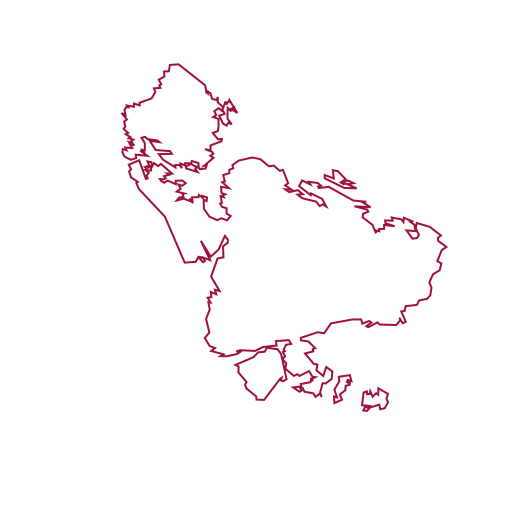 Tysnes nor, Hordaland, Norway, rotated 32°
{"feature_id": "86288312B12130707961185", "entity_name": "Tysnes nor", "entity_type": "district", "adm_level": 2, "iso_a3": "NOR", "parent_name": "Norway", "parent_adm1": "Hordaland", "projection": "equal_earth", "projection_center": [5.536, 59.979], "detail": "fine", "context": "isolated", "style": "outline", "palette": "rose", "viewbox_px": 512, "rotation_deg": 32, "n_neighbors": 0, "source": "geoboundaries", "source_scale": "gbopen_adm2", "svg_char_len": 6126}
<svg xmlns="http://www.w3.org/2000/svg" viewBox="0 0 512 512"><g transform="rotate(32 256 256)"><path d="M388.0,139.2L374.8,142.8L376.8,147.9L383.0,151.7L383.1,155.4L379.5,158.4L370.0,154.5L378.3,150.3L373.6,145.5L368.6,145.3L369.8,143.8L361.2,145.2L363.1,149.1L359.9,147.9L350.7,151.4L353.2,153.6L346.7,157.4L348.5,159.6L357.8,157.3L348.2,161.8L350.3,165.1L346.0,168.0L347.5,169.7L343.8,170.9L345.3,172.1L345.0,172.6L338.3,167.9L326.0,166.7L324.4,163.6L327.7,158.9L325.8,157.7L313.1,161.7L327.3,153.9L317.3,154.0L320.8,151.5L309.2,157.4L281.0,158.8L273.4,165.0L271.8,164.3L273.8,161.9L269.5,161.4L261.3,165.2L264.1,166.5L255.0,167.5L255.5,173.9L270.2,175.4L269.5,173.8L281.9,172.5L289.3,176.8L285.3,176.9L283.5,179.9L278.2,178.0L264.6,182.5L258.8,181.9L262.9,178.8L256.6,178.0L250.3,184.3L245.4,184.0L251.0,180.9L243.3,180.6L244.7,177.2L233.2,168.7L231.1,171.2L223.2,169.9L219.4,173.1L208.3,171.6L200.6,174.5L190.9,184.1L187.8,191.5L190.2,193.7L187.7,197.1L189.4,199.9L185.3,204.8L190.1,209.3L188.3,211.3L197.1,212.8L189.7,215.8L193.3,220.8L197.2,220.1L195.5,222.4L197.3,223.2L194.4,224.1L198.9,229.1L197.8,230.5L201.0,232.4L205.9,231.1L208.4,235.5L213.3,235.5L212.5,241.2L206.8,242.3L204.0,246.2L195.6,247.3L186.8,243.6L181.8,235.9L185.0,235.6L183.4,232.3L178.7,233.4L180.1,234.9L175.2,234.5L176.1,236.5L170.6,240.2L174.4,244.7L169.3,242.4L171.1,244.3L164.2,245.8L159.3,251.0L159.8,247.1L163.3,244.4L160.9,242.3L162.1,241.0L154.7,243.4L156.5,238.9L152.3,236.5L156.2,235.5L157.8,231.5L153.5,231.0L148.0,234.8L149.9,237.6L141.0,238.9L139.4,242.5L135.5,242.6L133.7,241.7L137.4,239.6L138.2,237.9L135.7,237.1L139.4,233.0L137.1,233.0L141.0,230.6L126.6,228.3L125.3,231.7L120.3,231.2L120.5,235.1L117.6,231.9L113.9,233.3L117.6,235.9L114.5,239.4L116.6,240.0L119.1,235.8L121.7,239.1L116.8,241.7L121.0,242.3L120.6,245.8L123.0,247.5L121.8,249.0L106.2,236.7L99.7,246.0L104.1,248.6L103.6,251.6L108.2,255.5L116.5,255.8L115.8,257.4L121.0,261.2L157.9,270.9L199.0,299.4L208.0,292.9L207.6,287.1L211.5,285.8L210.0,288.2L214.4,289.3L215.3,287.3L212.2,285.3L219.3,283.8L201.2,272.4L218.0,280.5L220.8,270.5L219.0,255.4L223.5,257.1L225.0,259.9L222.9,265.2L229.1,274.4L224.7,278.5L228.9,297.3L243.7,305.0L239.0,306.4L242.6,309.5L236.8,310.4L240.0,314.5L237.1,317.0L242.2,319.6L240.1,320.5L245.2,326.0L247.0,335.8L257.0,345.6L256.0,352.7L264.4,356.9L270.0,355.8L268.3,360.3L280.5,356.6L279.0,359.7L284.4,356.5L292.0,349.0L293.4,345.7L289.9,347.4L292.4,344.3L305.5,337.0L310.1,329.5L320.9,321.0L318.0,317.5L328.4,310.0L332.4,311.9L328.6,315.3L329.0,320.7L330.9,321.4L329.6,323.1L333.8,325.6L333.1,329.5L338.6,331.0L340.5,336.0L351.6,337.6L353.9,334.2L356.4,334.7L362.0,325.5L368.0,328.5L370.5,327.3L368.7,330.4L370.3,332.4L368.0,331.3L369.1,334.1L361.8,340.9L363.5,342.6L357.2,347.7L364.8,348.1L365.9,346.0L363.8,344.8L365.8,343.4L369.1,345.4L377.3,342.1L381.2,343.9L383.1,338.7L386.4,340.8L382.7,337.8L379.9,328.6L382.6,327.2L385.3,320.1L381.9,313.4L374.4,312.9L376.6,322.1L367.8,320.9L365.7,315.6L361.9,316.8L349.2,312.7L355.1,306.5L353.4,304.9L355.1,302.8L345.6,300.7L338.8,303.8L337.5,301.5L348.7,288.0L354.7,285.4L355.3,273.4L371.3,258.8L378.8,254.1L382.1,257.0L386.3,251.2L389.1,251.3L386.8,257.0L388.9,256.9L394.2,247.9L397.2,248.6L411.5,240.2L412.5,233.8L410.2,232.4L416.1,235.3L417.9,232.4L408.5,226.0L411.2,223.8L409.5,219.2L418.3,212.3L418.0,207.1L423.9,201.6L424.6,196.9L421.6,189.9L417.0,186.5L415.8,177.7L419.3,170.8L417.2,164.1L412.5,164.2L410.4,152.6L412.7,147.4L402.5,146.6L400.7,144.4L402.0,140.6L388.0,139.2ZM88.8,134.5L81.7,139.6L84.2,145.5L80.2,148.3L83.2,152.4L80.1,158.0L84.6,160.5L83.6,162.5L85.8,164.1L80.6,167.9L83.7,170.2L83.9,177.8L76.0,187.8L77.5,189.9L71.7,191.4L73.4,194.1L66.9,196.7L68.9,197.6L67.0,198.5L67.2,202.0L70.7,205.7L66.2,206.0L74.2,208.6L72.9,211.8L76.6,215.5L76.3,218.4L82.3,219.3L80.8,221.7L86.4,221.7L85.6,223.6L90.3,222.3L89.1,225.0L94.2,226.8L88.3,227.0L93.8,230.0L87.6,233.3L90.2,234.9L86.3,235.9L87.9,239.1L92.0,241.4L98.9,240.7L102.5,236.5L100.3,233.8L110.8,228.6L102.0,228.0L105.9,227.4L103.2,226.2L105.7,225.4L102.0,219.3L96.3,216.4L98.7,213.8L102.1,214.3L109.7,210.9L111.5,210.3L113.9,210.6L104.9,214.6L114.8,219.3L127.6,212.6L130.5,214.0L119.6,221.1L126.1,223.6L140.7,223.6L139.2,221.8L143.0,219.3L146.5,220.9L143.0,217.6L147.9,216.7L146.6,215.0L150.1,212.8L151.9,212.8L149.1,217.4L150.4,218.7L162.0,215.8L158.4,214.5L158.8,212.3L151.8,212.2L151.3,209.4L157.9,207.7L160.0,210.5L158.7,211.3L162.5,212.1L166.9,208.5L166.1,205.3L164.2,207.1L167.9,195.2L164.2,195.2L165.6,191.9L163.7,190.9L156.1,192.4L161.5,190.6L158.8,186.3L166.0,177.0L165.0,174.8L162.2,177.2L154.2,174.6L157.5,170.1L155.4,165.7L151.5,159.6L146.1,160.8L147.6,157.6L143.9,155.3L146.1,150.3L149.9,150.9L149.4,147.3L142.1,145.9L139.4,141.4L139.9,144.6L135.6,146.0L131.1,142.1L126.5,142.1L128.9,143.8L127.3,143.7L122.5,138.2L88.8,134.5ZM323.7,323.6L313.8,328.1L314.1,332.5L308.8,336.7L307.6,342.9L296.3,359.3L299.9,359.0L302.7,364.0L314.8,367.9L314.8,370.9L318.1,373.4L330.7,375.0L332.5,377.5L339.1,373.8L341.5,347.5L342.3,345.7L343.0,348.3L345.5,347.8L347.2,344.3L329.3,325.9L323.7,323.6ZM441.0,303.0L430.0,303.4L433.1,308.9L430.6,308.7L429.5,313.5L424.6,310.1L425.6,312.6L423.3,314.3L421.8,312.1L419.6,314.7L425.0,326.4L433.3,322.1L430.5,323.8L432.2,325.3L428.4,326.1L428.9,330.1L432.2,328.6L432.8,324.3L439.3,316.8L442.6,320.1L445.8,316.9L445.5,310.1L442.3,307.9L441.0,303.0ZM398.7,307.3L390.2,314.6L393.0,318.1L393.3,327.8L399.7,333.0L396.6,333.8L400.4,339.2L405.1,332.3L400.5,329.2L402.9,322.5L400.8,318.5L403.6,315.8L403.0,313.9L400.0,312.9L402.2,314.6L399.9,314.7L399.5,312.4L403.3,311.6L398.7,307.3ZM280.5,140.6L275.7,142.6L280.9,149.0L271.4,150.9L273.1,153.7L294.8,151.5L305.6,145.3L295.7,146.7L300.2,142.6L295.0,143.1L291.5,145.1L291.0,147.7L293.7,147.0L292.2,148.7L288.9,148.7L290.6,145.1L292.2,144.4L292.4,143.7L280.5,140.6ZM164.3,144.6L150.6,137.7L151.2,140.2L149.1,141.5L151.3,142.8L148.6,142.7L150.1,149.8L154.1,152.1L150.5,156.4L157.8,161.2L162.0,161.0L162.0,157.6L165.6,157.1L158.9,154.6L153.5,145.4L158.5,146.5L156.4,145.2L158.5,141.7L159.1,144.6L164.3,144.6Z" fill="none" stroke="#9f1239" stroke-width="2"/></g></svg>